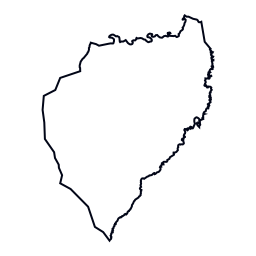 outline of Bu'regxangai, Bulgan, Mongolia
{"feature_id": "93677404B37856790157054", "entity_name": "Bu'regxangai", "entity_type": "district", "adm_level": 2, "iso_a3": "MNG", "parent_name": "Mongolia", "parent_adm1": "Bulgan", "projection": "albers", "projection_center": [104.281, 48.34], "detail": "fine", "context": "isolated", "style": "outline", "palette": "ink", "viewbox_px": 256, "rotation_deg": 0, "n_neighbors": 0, "source": "geoboundaries", "source_scale": "gbopen_adm2", "svg_char_len": 5841}
<svg xmlns="http://www.w3.org/2000/svg" viewBox="0 0 256 256"><path d="M201.3,21.8L200.5,22.2L199.0,22.2L198.4,21.7L197.7,20.3L196.8,19.6L193.1,18.8L188.6,16.7L186.6,16.7L184.7,15.4L184.2,16.1L184.0,17.8L183.1,18.5L182.6,19.3L182.7,19.6L183.1,19.6L184.7,18.8L185.7,19.9L185.4,21.7L184.5,23.2L184.3,24.7L183.3,26.9L182.6,27.6L183.0,28.9L182.4,29.9L180.5,31.2L179.5,33.4L178.6,34.1L178.9,35.0L178.8,36.0L177.3,36.9L176.6,37.0L175.1,35.8L173.6,36.1L169.7,35.8L169.1,34.9L169.0,33.9L170.4,33.3L170.2,32.8L169.6,32.5L167.8,32.9L167.7,33.4L168.5,35.9L168.2,36.4L167.5,36.5L165.7,35.8L163.9,36.2L162.3,37.6L161.7,37.7L159.9,37.4L158.5,36.4L157.2,35.0L155.8,35.2L154.8,36.4L153.3,36.8L152.5,36.7L151.9,36.3L151.6,35.7L152.2,34.6L152.0,34.1L149.9,33.6L148.4,34.3L147.4,35.6L147.3,36.2L147.6,37.1L149.3,37.4L150.5,38.1L151.6,39.3L151.8,40.0L151.8,40.8L151.1,41.5L150.2,41.5L148.9,42.1L148.1,42.1L146.3,40.9L145.3,39.7L143.7,39.4L142.2,38.4L140.6,38.0L137.5,38.5L136.6,37.9L136.3,38.2L136.1,39.4L135.1,40.4L133.4,40.3L132.3,40.9L132.2,41.6L132.7,42.1L132.8,42.8L132.3,43.9L131.5,44.3L130.3,44.4L129.6,44.2L128.0,43.1L125.7,40.1L123.3,41.5L121.3,41.5L120.1,42.1L119.8,41.7L119.4,38.0L119.0,37.0L117.2,36.1L116.1,36.4L113.5,34.7L112.8,34.6L111.4,34.8L109.6,35.9L109.1,37.0L109.7,37.5L111.9,37.7L113.6,38.8L114.0,39.5L114.0,41.1L113.4,43.2L113.0,43.5L110.6,43.4L108.3,43.8L99.0,45.7L96.0,44.1L90.8,42.7L90.7,43.6L90.1,44.2L89.6,45.5L89.5,47.1L88.9,48.0L89.0,49.5L88.3,51.8L87.6,52.5L87.4,53.5L83.5,58.2L82.7,58.7L80.7,61.6L79.7,65.4L79.7,66.3L79.7,67.3L80.1,67.9L80.2,71.2L60.2,77.9L55.3,90.0L43.8,95.9L42.6,109.9L44.3,122.5L44.9,139.0L54.1,152.2L55.0,158.0L58.7,164.6L58.9,167.8L62.1,175.2L60.2,183.3L70.6,189.0L88.1,206.7L94.9,226.9L103.2,232.1L109.5,240.6L110.0,239.8L110.8,239.2L111.2,238.5L111.1,237.8L111.3,237.5L111.0,237.1L111.3,236.5L110.6,235.7L111.3,234.4L111.2,233.7L111.7,233.2L111.8,232.2L112.6,232.2L112.5,231.9L113.0,230.8L112.3,230.3L112.6,229.4L112.8,229.3L112.6,228.7L113.5,228.1L113.6,227.0L114.5,226.0L114.3,225.1L115.0,224.5L115.0,224.0L115.4,224.1L115.5,223.6L115.8,223.6L115.7,223.0L116.2,222.0L117.5,220.7L118.0,219.2L118.6,218.3L120.0,217.3L120.6,217.1L120.9,217.4L122.2,216.4L122.2,216.1L123.0,215.9L124.3,215.0L124.4,214.7L124.8,214.6L124.8,214.2L125.5,213.9L126.3,214.4L127.2,213.4L127.6,212.0L128.0,211.7L128.2,211.3L129.0,211.0L129.0,210.6L130.4,209.4L130.5,208.7L130.9,208.4L131.9,206.3L131.9,205.4L132.1,204.8L133.0,203.6L134.0,201.2L134.7,200.7L135.2,199.7L138.5,197.5L139.0,196.5L139.7,196.2L140.7,195.0L140.5,194.2L140.9,193.5L140.8,191.2L141.3,190.8L141.4,189.9L140.7,189.7L140.0,188.9L139.9,188.4L140.4,187.4L141.1,186.9L140.5,185.1L141.0,184.1L141.1,183.2L140.8,182.5L141.0,181.3L140.8,180.9L140.9,180.3L141.5,179.0L142.0,178.5L143.1,178.3L144.1,178.8L147.3,176.6L148.6,176.2L149.4,175.4L150.8,175.3L152.1,174.8L153.6,173.3L154.3,173.1L154.7,174.1L154.9,174.0L155.4,173.9L157.1,172.3L158.2,172.1L159.2,171.5L160.5,169.6L160.4,167.4L160.0,167.2L160.1,166.9L161.2,166.7L160.9,166.0L161.2,165.9L161.6,164.5L163.5,164.4L163.4,163.9L161.9,163.7L161.9,163.2L162.8,162.9L163.2,162.2L163.8,161.8L166.7,161.8L167.4,160.8L167.3,160.0L169.4,158.8L170.0,157.2L173.9,154.8L174.0,154.2L173.5,153.1L173.6,152.5L175.1,152.5L176.4,151.9L177.9,150.1L177.6,148.8L177.8,147.9L178.3,147.1L178.1,146.6L178.2,145.4L178.5,144.9L179.6,144.3L180.4,144.6L180.9,144.3L182.8,144.4L183.8,143.5L183.7,142.2L183.3,141.6L183.3,140.3L182.9,140.1L182.0,140.2L181.8,139.9L182.2,138.8L183.7,138.5L183.8,137.2L184.9,137.0L184.9,136.6L183.9,136.0L183.8,135.6L184.2,134.3L185.0,133.5L185.2,132.5L185.2,131.6L184.3,130.0L184.6,129.3L184.8,129.0L185.8,129.1L187.5,130.3L187.9,129.9L186.9,129.4L186.8,129.0L186.9,128.8L188.1,128.2L189.1,128.4L189.5,128.0L190.4,128.6L190.5,128.3L190.0,127.1L190.4,126.7L191.5,127.0L191.8,127.4L191.7,128.0L192.0,128.4L192.8,128.3L193.4,127.3L194.1,125.4L194.8,124.2L194.8,123.6L194.3,121.5L194.3,119.8L194.6,118.6L196.0,117.5L196.7,117.3L198.4,118.2L199.4,119.3L199.2,120.9L199.4,121.4L199.3,122.0L197.7,124.0L197.0,123.6L196.9,123.1L196.7,123.3L197.6,125.4L199.2,127.0L199.2,126.1L200.2,124.8L200.2,124.4L199.8,123.6L200.0,123.0L199.7,121.8L199.9,121.1L200.9,119.9L203.3,119.0L203.2,118.4L202.4,118.4L202.3,118.0L203.3,117.0L203.0,116.0L203.3,115.2L203.3,114.3L204.3,114.0L203.5,113.8L203.5,113.3L204.2,112.0L205.7,111.2L206.1,109.4L206.5,108.6L207.0,108.3L208.3,108.4L208.4,107.9L207.8,107.6L207.8,106.9L208.7,106.4L209.3,105.6L209.1,105.3L207.9,104.8L207.8,104.2L208.3,103.8L209.2,103.8L209.6,102.7L210.5,102.3L210.4,101.2L209.5,100.4L209.4,100.0L209.8,99.7L210.5,99.9L210.9,99.6L210.9,99.4L210.2,99.0L210.1,98.6L210.8,97.9L210.8,97.6L210.4,97.4L209.6,97.6L209.3,97.2L209.3,96.0L210.3,95.8L210.2,94.9L209.7,93.9L209.8,92.9L210.6,92.6L210.7,92.2L210.4,91.5L211.7,89.9L211.2,89.3L211.0,88.4L211.3,87.6L210.5,86.8L208.2,86.5L207.9,86.8L207.9,87.4L207.2,87.5L206.3,86.4L206.3,85.6L206.0,85.3L205.0,85.9L204.6,85.7L204.4,85.2L205.3,84.5L205.0,83.6L205.7,82.5L205.6,81.4L205.0,80.6L205.4,79.8L205.4,78.4L207.0,78.6L208.0,78.0L208.7,78.7L209.1,78.7L209.5,78.4L209.5,77.9L208.6,77.6L208.4,76.6L208.6,76.0L209.4,76.0L210.6,76.5L211.3,76.0L211.2,75.8L210.6,76.1L209.8,75.9L209.2,74.9L208.4,75.4L208.1,75.1L208.0,74.6L208.2,74.1L208.9,73.8L208.4,72.9L208.6,72.3L210.0,72.5L210.3,72.3L209.6,71.5L209.5,70.9L210.1,69.6L210.9,69.0L212.1,69.2L212.7,68.9L212.4,67.7L213.2,67.0L213.1,66.7L212.0,67.2L211.6,66.3L212.7,65.5L212.3,64.5L212.5,63.7L212.2,63.1L212.2,62.1L211.9,61.7L213.0,60.3L213.4,60.3L213.4,59.8L211.8,60.0L211.7,59.6L211.9,58.8L211.3,58.0L211.5,57.4L213.0,57.0L213.2,56.6L211.9,56.2L211.7,55.4L211.2,55.2L211.0,54.7L211.5,54.0L211.3,53.0L212.0,52.5L212.6,52.6L212.8,52.2L211.8,52.0L210.7,52.4L210.6,51.9L211.3,51.1L209.9,49.6L209.9,48.8L210.4,48.6L204.7,41.8L201.3,21.8Z" fill="none" stroke="#020617" stroke-width="2"/></svg>